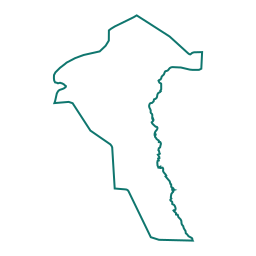 the State of Unity
{"feature_id": "SDS-871", "entity_name": "Unity", "entity_type": "State", "adm_level": 1, "iso_a3": "SSD", "parent_name": "South Sudan", "parent_adm1": "", "projection": "mercator", "projection_center": [30.188, 8.676], "detail": "fine", "context": "isolated", "style": "outline", "palette": "teal", "viewbox_px": 256, "rotation_deg": 0, "n_neighbors": 0, "source": "natural_earth", "source_scale": "10m", "svg_char_len": 3397}
<svg xmlns="http://www.w3.org/2000/svg" viewBox="0 0 256 256"><path d="M190.2,54.4L191.1,53.8L192.0,53.0L193.3,52.5L194.2,52.3L202.1,52.1L201.3,68.7L200.3,69.2L199.4,69.7L198.3,69.9L192.8,69.9L189.8,69.6L180.9,67.5L172.3,67.1L171.0,67.4L169.9,68.0L169.2,68.7L168.5,69.7L167.7,70.5L166.7,70.9L165.4,71.2L164.8,72.0L164.0,74.2L163.3,75.1L162.4,75.8L161.6,76.8L161.2,78.4L160.5,79.5L159.2,80.0L158.5,80.7L159.3,82.5L160.0,83.0L160.6,83.3L161.1,83.6L161.2,84.7L161.2,89.3L160.9,89.9L160.5,90.3L160.3,90.7L160.8,91.2L160.0,92.1L159.0,92.6L158.0,93.3L157.4,94.6L157.0,96.9L156.7,97.7L155.9,98.5L155.4,98.9L154.4,99.2L154.0,99.4L153.9,99.8L153.7,101.0L153.6,101.4L153.4,101.5L152.2,102.8L151.8,102.9L150.7,103.1L150.2,103.3L149.7,103.9L149.3,104.9L149.1,106.0L149.3,107.2L149.6,108.0L150.4,109.5L150.7,110.6L150.7,111.1L150.6,112.1L150.7,112.5L151.0,113.1L151.9,113.9L152.2,114.5L152.3,115.7L152.2,118.2L152.6,119.3L153.1,118.8L153.5,119.9L153.2,120.8L152.5,121.6L151.7,122.3L152.1,123.2L152.7,124.0L155.5,126.6L156.0,126.8L156.5,126.8L157.0,127.0L157.4,127.6L157.4,128.6L156.9,129.7L155.5,131.4L155.1,132.2L154.8,133.0L154.6,133.9L154.6,134.8L155.0,134.8L155.0,134.6L155.0,134.1L155.0,133.8L155.7,134.3L155.6,134.9L155.2,135.6L155.0,136.5L155.2,137.1L156.2,138.2L156.5,138.9L156.8,139.2L158.8,140.6L158.9,140.9L158.8,141.8L158.8,142.1L159.1,142.2L160.0,142.0L160.3,142.1L160.9,143.4L160.8,144.5L160.5,145.4L160.1,147.3L159.7,147.7L159.2,148.0L158.8,148.3L158.4,150.2L159.0,150.9L159.4,152.9L159.8,153.7L158.4,154.5L157.9,154.7L159.3,157.0L159.4,158.1L158.1,158.5L158.1,158.9L158.6,159.7L158.8,160.5L157.6,160.9L157.3,162.4L157.5,165.4L158.4,167.6L160.3,166.7L160.3,168.0L160.9,168.0L161.8,167.7L162.6,167.7L163.1,168.5L163.2,169.5L163.1,170.5L163.2,171.5L164.1,172.8L165.5,174.4L166.3,175.7L165.5,176.4L169.7,181.3L170.4,183.9L171.1,184.3L171.2,184.8L171.2,186.8L171.8,187.4L172.7,187.8L173.2,188.3L172.2,188.9L172.2,189.5L172.8,189.5L174.1,189.9L173.8,190.0L173.5,190.2L173.2,190.3L172.7,190.3L172.7,190.8L173.3,191.4L173.1,191.9L172.6,192.3L172.2,192.8L171.9,193.3L171.6,193.6L171.3,194.1L170.8,197.3L171.4,198.6L171.0,199.0L170.4,199.5L170.3,200.0L170.7,200.7L171.8,201.5L172.2,202.0L172.3,202.6L172.2,203.4L172.3,204.1L173.9,204.8L174.7,205.8L175.3,207.2L175.6,208.5L175.5,209.3L175.3,209.9L174.8,210.1L173.9,210.2L173.5,210.5L174.0,211.2L174.7,211.9L175.0,212.1L175.3,212.4L176.0,213.1L176.1,213.3L176.0,214.2L176.0,214.5L176.6,214.7L177.2,214.7L177.7,214.8L178.0,215.7L178.4,217.1L180.6,219.4L181.3,220.8L181.6,223.7L182.1,224.8L183.2,226.1L183.7,228.0L184.4,229.3L185.0,230.2L185.5,231.0L185.8,233.2L186.2,233.6L187.1,234.3L188.5,236.2L191.8,238.0L192.3,238.8L192.5,240.2L192.7,240.6L159.0,239.8L150.8,237.2L128.5,191.2L127.7,190.2L126.6,189.6L125.4,189.4L114.7,188.5L112.2,147.4L111.6,146.0L110.4,144.4L90.4,130.6L72.6,103.2L68.7,101.9L54.4,103.1L55.1,101.1L56.8,93.5L58.0,91.3L59.4,90.0L62.7,88.9L64.2,88.2L65.7,87.0L65.9,86.4L65.9,86.1L65.3,85.7L64.3,84.8L63.8,84.3L62.5,83.6L61.9,83.3L61.2,83.2L60.6,82.9L60.0,82.8L59.5,82.9L59.0,83.0L58.4,83.2L58.0,83.3L57.6,83.2L57.2,82.9L56.5,82.7L56.0,82.6L55.1,82.4L54.2,80.6L53.9,78.1L54.0,75.1L55.4,72.4L59.9,67.9L65.2,63.8L66.6,62.6L75.2,58.1L83.6,55.0L99.7,51.4L105.6,45.8L108.8,40.6L108.9,30.4L111.1,28.7L114.9,26.4L133.5,17.3L136.7,15.4L153.1,25.9L169.6,36.5L188.1,53.3L189.2,54.1L190.2,54.4Z" fill="none" stroke="#0f766e" stroke-width="2"/></svg>